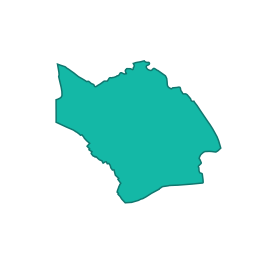 the district of Don Phut, Saraburi, Thailand, rotated 117°
{"feature_id": "78962969B98799129016302", "entity_name": "Don Phut", "entity_type": "district", "adm_level": 2, "iso_a3": "THA", "parent_name": "Thailand", "parent_adm1": "Saraburi", "projection": "robinson", "projection_center": [100.605, 14.605], "detail": "fine", "context": "isolated", "style": "filled", "palette": "teal", "viewbox_px": 256, "rotation_deg": 117, "n_neighbors": 0, "source": "geoboundaries", "source_scale": "gbopen_adm2", "svg_char_len": 5368}
<svg xmlns="http://www.w3.org/2000/svg" viewBox="0 0 256 256"><g transform="rotate(117 128 128)"><path d="M165.3,71.1L164.4,70.4L161.5,66.3L160.3,64.8L157.2,59.3L156.2,57.5L148.8,45.4L143.1,36.5L142.8,36.4L142.5,36.3L141.7,36.7L140.0,37.7L135.2,41.0L135.1,41.4L135.0,41.8L135.2,42.7L135.3,43.2L135.2,43.6L135.1,43.9L135.0,44.1L134.3,44.9L134.0,45.2L133.7,45.4L131.3,46.8L131.2,46.9L130.9,47.5L130.7,47.7L130.4,47.8L130.2,47.9L129.7,47.9L129.1,47.7L126.5,46.8L126.2,46.8L125.9,46.9L125.7,47.0L125.4,47.3L123.4,49.7L123.3,49.9L123.0,50.7L121.4,51.1L118.9,51.1L117.6,50.7L115.7,49.9L114.9,49.4L114.2,48.9L113.8,48.3L112.0,45.1L111.1,43.1L110.8,42.3L109.7,39.2L109.4,38.7L109.0,38.5L108.3,38.0L107.4,37.5L103.8,36.2L98.4,41.3L95.4,44.7L92.4,49.1L90.2,52.4L87.9,56.3L86.1,59.7L84.5,62.6L79.5,71.7L76.7,76.6L75.0,80.2L74.2,81.5L74.6,81.9L74.7,82.0L74.8,82.2L74.9,82.5L75.0,83.1L75.0,83.4L75.0,83.7L74.9,84.1L74.8,84.3L74.7,84.5L74.1,84.9L73.9,85.1L73.6,85.5L73.4,85.8L71.7,89.9L71.5,90.3L71.5,90.6L71.4,91.1L71.4,92.0L71.7,92.7L72.1,93.5L72.3,93.8L72.5,94.3L72.5,94.5L72.4,94.8L72.4,95.0L72.2,95.3L71.8,95.7L71.7,95.9L71.5,96.4L71.2,96.8L70.9,97.4L70.7,97.8L70.3,98.2L69.9,98.5L69.1,99.1L68.6,99.6L68.3,100.0L68.2,100.3L68.3,100.6L68.4,101.0L68.6,101.4L68.8,101.7L69.2,102.2L69.8,103.0L72.0,106.5L72.5,106.7L72.8,106.8L73.1,106.9L73.3,107.0L73.4,107.3L73.5,107.7L73.5,108.0L73.4,110.0L73.1,110.9L72.6,111.7L71.8,112.5L71.3,112.8L68.5,114.5L66.3,116.0L64.6,118.2L64.4,119.1L63.2,127.4L63.3,127.8L63.3,128.1L63.2,129.1L63.0,130.8L63.0,131.4L63.1,131.8L63.1,132.0L64.4,132.8L64.7,132.8L65.0,132.9L65.5,133.0L65.8,133.2L66.1,133.4L66.3,133.7L66.5,134.0L66.6,134.4L66.7,134.8L66.8,135.7L66.8,136.1L66.8,137.2L66.7,137.5L66.5,137.9L66.1,138.7L65.7,139.1L65.3,139.5L65.0,139.6L64.8,139.7L64.4,139.7L63.9,139.6L62.7,138.6L62.3,138.3L61.7,138.1L61.4,138.0L61.0,138.1L60.9,138.1L60.5,138.3L60.3,138.6L60.2,138.8L60.1,139.1L60.1,139.3L60.2,139.5L60.4,139.8L60.7,140.4L61.1,141.4L61.2,141.9L61.2,142.4L61.2,142.7L61.1,143.1L61.1,143.5L60.8,143.9L60.9,144.1L62.0,145.4L62.8,146.3L63.4,147.0L64.0,147.8L64.8,148.9L65.0,149.2L66.1,150.6L66.5,151.1L67.5,151.9L68.1,152.6L68.5,152.1L68.6,151.8L69.1,151.2L69.6,150.8L70.0,150.6L70.4,150.5L70.9,150.4L71.2,150.5L71.6,150.6L72.0,150.6L72.3,150.5L72.9,150.2L73.1,150.1L73.5,150.2L73.8,150.3L73.9,150.7L74.0,150.9L74.0,152.3L74.1,152.7L74.4,153.5L74.9,154.5L75.6,155.9L75.8,156.1L76.6,156.3L76.9,156.3L77.1,156.5L77.4,156.5L77.7,156.5L78.0,156.5L78.1,156.4L78.8,156.0L79.1,155.7L79.5,155.3L80.1,154.2L80.3,154.1L80.5,154.3L80.9,154.9L81.5,155.7L81.6,155.8L81.6,156.1L81.7,158.6L81.7,158.8L81.8,159.1L82.0,159.4L82.3,159.7L82.4,159.8L82.6,159.9L83.0,159.9L84.3,160.0L84.6,160.0L85.4,160.3L85.9,160.6L86.1,160.7L86.3,161.2L86.4,161.3L86.5,161.4L86.8,161.6L87.2,161.7L87.5,161.9L88.4,162.7L89.1,163.4L89.5,163.8L90.0,164.6L90.5,165.1L90.8,165.5L91.3,166.8L91.6,167.1L92.0,167.3L92.4,167.4L94.9,167.6L95.3,167.7L95.6,167.8L95.7,168.0L95.9,168.2L96.1,168.6L96.5,169.4L96.7,169.9L96.9,170.2L97.0,170.4L97.2,170.6L97.9,171.0L100.0,172.0L101.5,172.8L102.6,173.5L103.5,174.1L104.4,174.6L105.6,175.3L105.9,175.7L106.0,175.9L106.1,176.3L106.1,176.5L105.9,177.0L105.1,177.9L105.0,178.1L104.9,178.3L104.9,178.8L104.9,179.3L105.0,180.3L105.0,180.8L105.0,181.2L104.9,181.6L104.5,183.1L104.4,183.9L104.3,184.1L104.4,184.5L104.5,184.8L104.8,185.2L105.2,185.6L105.3,185.7L105.4,185.8L105.4,186.0L105.1,188.7L105.0,190.3L104.9,192.0L104.8,194.9L104.7,195.8L103.6,201.0L103.1,204.4L102.6,207.7L102.5,208.6L102.5,209.2L102.4,209.9L102.1,211.1L102.0,211.7L102.1,212.7L102.8,217.3L103.1,219.8L109.8,214.8L110.8,214.2L111.7,213.6L112.4,213.4L113.7,213.1L114.0,212.8L115.7,211.4L122.1,206.0L125.6,203.4L128.0,202.1L129.0,201.6L129.6,201.5L131.3,201.6L132.3,202.2L134.3,203.7L135.5,204.9L143.3,200.9L145.0,200.0L153.8,195.5L155.5,194.7L155.1,183.5L154.6,175.7L155.0,172.7L155.0,172.0L155.0,171.5L155.1,171.0L155.5,168.8L156.0,167.1L155.9,166.9L155.0,166.0L156.1,163.4L156.5,162.9L156.7,162.6L157.0,162.1L157.8,159.9L158.3,158.4L159.0,155.2L162.8,156.2L163.6,154.1L163.8,153.2L164.0,152.7L165.1,152.9L165.2,152.5L165.5,149.4L167.1,149.3L167.3,149.3L167.4,149.2L167.5,149.1L167.9,148.3L168.7,146.6L168.7,146.3L168.7,145.9L168.6,145.4L168.6,145.1L168.7,144.5L168.8,144.1L168.7,143.9L168.1,143.7L168.1,143.2L168.3,142.6L168.8,141.0L169.3,139.1L169.3,138.7L169.2,138.3L169.2,137.7L169.1,136.3L169.9,135.3L170.4,134.5L170.6,134.2L169.5,133.5L168.9,133.2L168.6,132.9L168.3,132.6L168.1,132.4L168.0,132.2L168.1,131.7L169.3,130.3L169.3,130.2L168.7,129.5L168.3,129.0L169.2,127.2L169.4,127.0L169.8,126.5L170.0,126.3L171.1,125.4L171.3,125.2L172.4,122.9L172.5,122.8L171.7,121.5L172.2,121.0L173.7,119.7L175.8,117.8L177.1,113.4L178.2,113.7L178.3,113.7L180.4,109.6L180.5,109.5L180.5,109.4L182.1,109.6L182.8,109.5L183.9,109.5L184.5,109.5L185.3,109.4L185.5,109.3L185.9,109.2L186.3,109.2L186.7,109.2L187.5,109.1L188.5,109.0L188.7,108.9L189.2,108.7L189.4,108.7L190.0,108.7L190.3,107.8L190.3,107.7L190.6,107.0L190.6,106.9L191.4,106.9L191.6,106.8L191.6,106.7L191.9,106.0L192.4,104.4L192.6,103.9L193.1,103.1L193.3,102.8L193.8,102.0L194.2,101.2L194.5,100.4L195.9,96.5L195.7,96.2L192.6,91.0L188.0,86.1L187.6,85.7L186.1,84.7L185.5,84.2L184.6,83.2L184.1,82.7L181.0,80.6L175.5,77.4L168.3,72.4L168.1,72.5L167.7,72.4L166.7,71.8L165.3,71.1Z" fill="#14b8a6" stroke="#0f766e" stroke-width="1.5"/></g></svg>